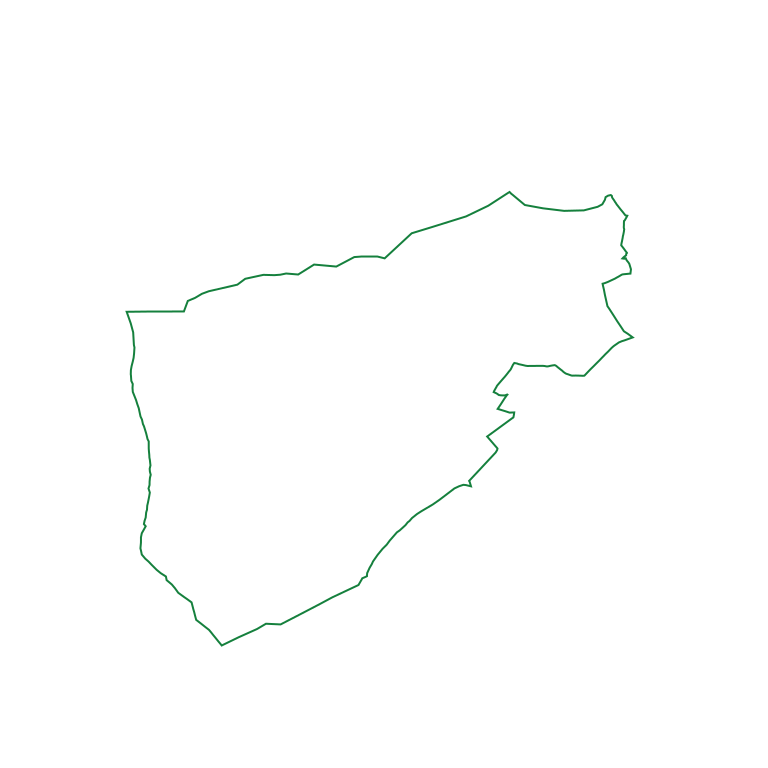 Etche, Rivers, Nigeria, rotated 245°
{"feature_id": "59680162B93423525469915", "entity_name": "Etche", "entity_type": "district", "adm_level": 2, "iso_a3": "NGA", "parent_name": "Nigeria", "parent_adm1": "Rivers", "projection": "equal_earth", "projection_center": [7.069, 5.07], "detail": "fine", "context": "isolated", "style": "outline", "palette": "green", "viewbox_px": 768, "rotation_deg": 245, "n_neighbors": 0, "source": "geoboundaries", "source_scale": "gbopen_adm2", "svg_char_len": 4511}
<svg xmlns="http://www.w3.org/2000/svg" viewBox="0 0 768 768"><g transform="rotate(245 384 384)"><path d="M558.2,181.3L546.0,180.1L536.8,178.5L525.0,173.8L522.6,173.3L517.3,170.4L513.5,168.1L510.4,165.7L507.0,162.9L503.6,160.5L499.8,158.6L498.8,158.3L493.6,156.3L490.2,156.3L486.7,154.4L483.0,153.0L474.3,152.5L470.0,151.9L465.7,151.5L462.3,150.7L457.5,149.6L454.0,149.6L449.6,148.6L447.7,148.6L447.1,148.6L439.9,147.6L436.8,147.0L434.0,146.4L431.4,146.5L424.9,143.5L422.3,142.5L418.9,141.3L416.5,140.3L414.1,139.7L410.0,138.3L409.0,138.0L406.2,135.8L403.5,134.8L400.3,134.2L398.0,132.3L394.6,130.3L391.5,128.8L388.8,126.4L384.6,125.9L381.4,123.7L376.2,119.9L373.8,118.0L370.1,116.0L369.4,115.3L368.0,114.1L363.7,111.6L361.2,109.2L358.5,107.2L355.8,107.9L353.3,104.5L351.1,101.4L347.7,98.9L345.3,97.8L342.8,96.6L340.4,95.2L338.0,93.8L335.1,93.2L331.8,92.4L326.6,93.8L322.5,95.6L318.3,97.0L311.7,99.4L309.2,100.6L306.9,101.7L301.7,105.0L298.1,104.1L294.3,105.9L291.9,107.0L288.1,108.0L287.9,108.1L284.8,108.7L281.7,109.3L275.4,112.8L272.5,114.5L267.4,117.3L263.0,116.5L260.4,116.0L257.7,115.6L254.1,114.9L249.6,114.1L244.8,116.6L241.8,118.1L239.2,119.4L235.1,121.5L231.7,122.4L228.7,123.1L225.2,124.0L220.7,125.1L217.0,126.1L215.6,126.4L215.9,145.2L215.6,165.4L216.6,175.7L209.8,188.7L211.0,217.4L211.7,232.9L212.5,247.1L212.6,275.9L216.3,281.2L217.1,282.2L217.0,284.8L217.0,287.3L219.7,288.8L223.6,293.4L225.9,296.8L227.8,299.0L231.9,306.1L235.3,313.2L237.2,318.5L239.7,323.1L244.1,333.0L244.7,336.4L247.0,343.8L248.6,347.0L249.1,349.2L250.7,352.8L252.2,359.0L252.9,364.1L254.2,377.3L255.6,385.4L259.6,403.7L259.6,408.9L259.1,413.3L257.8,415.5L254.5,419.6L259.2,420.3L260.2,420.2L274.7,456.2L276.3,458.6L277.6,459.6L292.8,455.3L299.1,487.2L301.3,488.8L303.2,490.0L305.0,485.7L308.2,482.3L313.4,476.5L316.1,481.0L319.7,486.7L322.1,490.9L322.2,491.3L322.4,491.2L322.5,489.3L322.6,488.7L323.6,486.5L324.6,484.7L325.2,483.9L325.4,483.5L326.0,483.1L327.1,482.6L327.3,482.4L328.2,481.8L330.3,480.0L331.3,481.1L332.8,483.2L333.3,483.9L333.9,484.8L334.3,485.2L334.8,486.0L335.9,488.4L337.4,491.7L338.9,495.1L339.4,496.3L340.5,498.6L341.6,500.8L342.4,502.3L343.3,504.3L343.9,505.3L346.9,509.0L348.0,511.0L347.3,511.9L346.4,513.2L345.2,514.3L343.3,516.8L342.6,517.7L340.7,520.1L339.6,521.8L338.7,523.9L338.4,524.5L334.9,532.2L333.4,535.5L332.8,536.5L332.4,537.2L331.5,538.4L331.0,539.2L330.6,540.4L330.2,542.3L329.7,544.3L329.2,545.9L329.0,546.6L328.3,547.3L327.5,547.8L325.9,548.5L324.7,549.1L322.5,550.2L321.0,551.0L319.5,551.6L319.0,551.8L316.9,553.0L316.0,553.8L315.2,554.7L313.5,556.4L312.5,557.4L311.9,558.4L310.6,561.4L308.8,565.0L307.5,567.5L306.9,568.9L306.9,569.2L307.0,569.5L308.7,573.8L310.1,577.4L311.5,581.4L312.9,585.2L314.3,589.1L315.6,592.4L316.6,595.1L317.4,597.1L318.6,600.6L320.5,605.5L321.1,607.5L321.5,609.2L321.5,609.3L322.1,612.8L322.4,614.4L322.3,616.9L322.3,617.5L321.9,620.4L321.1,629.1L323.5,627.8L326.6,626.1L330.4,623.7L335.3,623.0L342.3,621.9L349.3,621.0L357.3,619.9L360.1,619.4L371.5,621.9L376.6,623.2L381.4,624.2L382.5,624.5L382.3,625.5L382.1,627.0L381.9,630.0L381.9,631.6L381.9,634.3L381.9,636.2L381.9,637.8L382.1,639.9L382.2,641.8L382.3,642.8L382.4,643.9L382.5,644.6L382.6,646.1L382.5,646.5L382.3,647.2L380.4,652.7L379.9,654.0L383.6,656.3L389.2,657.1L390.8,656.9L393.6,656.2L395.8,656.2L396.0,654.7L397.0,653.2L397.5,654.4L397.9,655.8L398.2,657.2L398.4,657.9L398.6,658.0L398.8,658.1L399.2,658.3L399.6,658.6L399.8,658.8L399.9,659.1L400.0,659.4L400.1,659.6L400.3,659.6L401.9,659.2L405.1,658.6L408.7,657.8L409.3,657.6L409.6,657.7L410.2,658.1L411.1,658.7L412.0,659.4L412.9,660.1L413.9,660.8L415.1,661.7L416.1,662.4L416.9,662.9L418.1,663.9L421.0,666.0L421.7,666.4L422.7,667.1L424.0,667.3L425.0,667.7L426.1,668.3L427.5,669.0L428.6,669.5L429.7,670.1L430.3,670.4L430.4,670.9L430.8,671.7L431.6,672.8L432.8,674.5L433.7,675.6L434.6,674.3L435.0,674.0L439.3,673.0L442.3,672.2L447.6,671.0L448.2,670.8L450.1,670.6L451.6,670.3L452.9,670.2L454.1,670.0L455.7,669.7L456.8,669.6L458.2,670.0L459.4,669.4L460.0,666.7L459.7,663.8L457.6,662.1L457.2,661.5L454.6,657.8L454.3,652.5L456.9,638.5L464.8,620.4L476.0,602.4L486.7,587.3L501.8,580.2L502.2,579.9L505.0,578.9L501.5,553.8L501.2,529.2L505.9,494.2L508.9,472.8L497.6,437.7L502.3,431.9L509.1,417.3L511.6,410.7L510.6,390.4L521.8,371.1L519.5,352.5L525.5,342.0L526.9,336.1L529.0,330.6L533.9,320.8L538.0,302.7L536.0,293.1L542.1,264.4L542.7,257.1L541.9,249.2L542.2,241.3L534.3,233.3L550.0,199.4L558.2,181.3Z" fill="none" stroke="#15803d" stroke-width="2"/></g></svg>